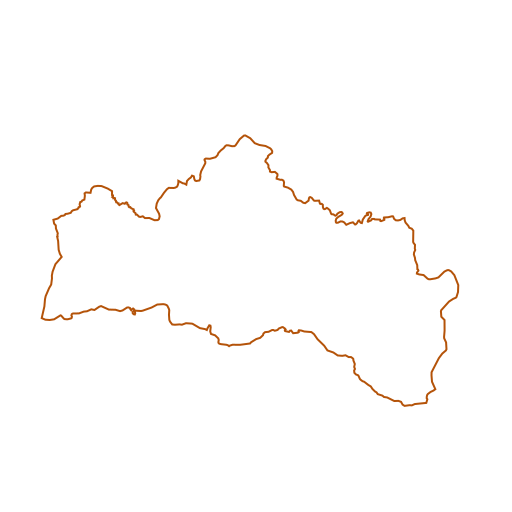 Liquidoe, Aileu, East Timor, rotated 192°
{"feature_id": "22284137B83063719556593", "entity_name": "Liquidoe", "entity_type": "district", "adm_level": 2, "iso_a3": "TLS", "parent_name": "East Timor", "parent_adm1": "Aileu", "projection": "orthographic", "projection_center": [125.722, -8.733], "detail": "fine", "context": "isolated", "style": "outline", "palette": "amber", "viewbox_px": 512, "rotation_deg": 192, "n_neighbors": 0, "source": "geoboundaries", "source_scale": "gbopen_adm2", "svg_char_len": 6107}
<svg xmlns="http://www.w3.org/2000/svg" viewBox="0 0 512 512"><g transform="rotate(192 256 256)"><path d="M118.6,324.0L120.4,323.3L122.3,321.3L124.5,320.3L126.7,320.0L128.7,321.1L130.1,323.2L131.1,323.2L134.8,321.4L138.8,320.3L138.9,319.7L138.1,318.8L138.0,318.0L140.9,316.1L141.6,316.1L142.3,317.4L147.4,316.5L148.1,316.8L149.6,316.5L150.2,316.3L150.8,314.8L153.5,312.8L153.9,313.0L153.9,313.6L153.6,315.5L152.1,318.4L151.9,321.0L152.8,322.3L154.2,322.3L156.3,321.2L156.4,320.7L155.0,319.9L155.0,319.4L156.6,318.7L157.5,317.8L159.1,313.9L159.3,310.2L160.3,310.2L161.0,310.6L162.6,312.2L163.2,311.8L164.1,309.0L165.0,307.7L165.6,307.4L168.2,309.1L171.0,307.7L174.2,305.3L176.7,307.2L178.6,307.7L180.5,307.4L182.8,305.6L184.3,305.2L184.9,305.7L185.4,307.2L185.2,309.3L183.6,311.4L180.7,314.1L180.0,315.5L180.7,316.5L181.7,316.8L183.3,316.2L185.2,314.3L185.8,312.6L186.8,311.9L188.9,312.8L190.8,312.6L191.4,313.1L193.3,316.1L195.2,317.2L196.7,317.8L198.2,316.3L199.0,316.0L199.9,316.4L200.7,317.7L201.3,320.0L202.6,320.7L203.9,320.3L204.4,320.6L205.8,323.3L210.0,322.2L210.9,322.3L213.6,324.5L215.3,324.9L215.9,324.5L216.2,323.6L216.1,321.1L218.9,317.9L220.8,317.9L223.7,319.3L226.7,319.2L228.0,319.7L231.5,323.6L233.1,326.4L235.3,328.3L239.0,329.5L242.9,329.8L243.4,330.3L243.9,334.0L244.9,335.5L246.6,336.0L247.9,335.6L251.9,335.9L252.1,337.1L251.7,338.9L252.0,340.5L252.7,341.0L255.0,342.2L258.2,341.2L259.9,341.5L260.2,342.9L262.3,345.2L262.7,347.4L264.6,349.2L266.4,350.2L266.6,351.0L266.2,352.8L264.9,354.7L265.1,356.2L263.9,358.0L261.7,360.2L261.9,361.9L263.3,363.5L264.6,364.3L269.5,365.6L275.7,365.3L280.7,366.1L286.1,370.0L291.5,371.7L292.8,371.3L296.2,366.9L299.0,360.0L299.9,359.0L302.3,358.4L305.8,358.5L307.8,358.2L308.8,357.3L310.1,354.7L312.4,351.9L314.2,348.9L314.6,346.6L316.1,344.2L321.3,341.5L325.3,340.9L326.3,340.0L326.4,339.3L325.1,337.5L324.9,336.1L327.3,327.4L327.4,323.6L326.9,322.3L326.7,319.6L327.1,318.1L330.1,316.9L331.4,317.2L332.3,318.4L333.4,321.0L335.3,321.3L336.0,319.3L337.7,317.4L339.1,315.0L339.0,311.3L341.2,312.0L342.7,311.9L347.6,313.4L347.1,311.1L347.3,308.5L347.8,307.2L349.3,306.0L350.7,305.4L355.5,304.5L357.0,302.8L359.1,298.8L361.3,293.4L362.0,292.6L363.2,290.2L364.0,286.6L363.8,282.1L359.6,277.2L358.5,274.8L358.6,271.9L359.6,270.7L362.7,269.9L368.2,271.0L372.5,270.0L375.0,271.3L377.1,270.2L378.5,270.1L381.0,271.7L382.2,271.5L382.7,272.8L384.9,274.0L385.2,274.5L384.8,275.2L385.4,275.7L385.4,276.2L387.9,276.7L389.1,277.7L390.0,277.3L390.8,277.8L391.2,279.2L392.6,279.7L392.8,281.0L393.3,281.4L394.0,281.5L394.7,280.9L395.2,279.8L397.4,280.0L400.2,277.4L400.9,277.8L401.4,278.9L402.0,278.6L403.3,279.7L403.9,279.5L404.4,280.2L404.5,281.0L405.7,281.7L405.9,283.2L406.6,283.3L407.6,282.8L408.1,283.8L408.8,283.9L408.3,285.0L408.5,285.6L409.5,285.7L410.3,289.5L415.0,291.1L421.6,292.3L425.3,291.7L428.8,290.4L430.3,288.6L431.0,286.8L431.0,283.4L435.6,282.8L436.7,281.6L435.9,279.3L435.6,275.5L437.5,274.2L438.0,272.8L439.1,272.3L439.3,270.0L438.4,268.0L438.6,267.4L439.6,266.9L439.6,266.1L440.3,265.3L440.3,264.7L444.4,262.7L445.5,261.6L446.2,259.7L449.0,258.2L451.1,257.5L451.6,256.2L453.0,255.3L454.8,254.8L457.7,251.4L461.7,249.3L460.2,245.7L458.2,244.3L457.4,241.3L454.6,237.0L454.6,235.2L454.1,233.8L454.5,233.5L452.7,229.6L450.3,221.0L448.3,217.4L445.9,214.7L450.5,206.3L451.7,198.4L451.6,194.4L450.9,191.6L450.4,185.5L451.7,181.5L453.4,173.0L453.4,169.8L452.5,162.6L452.7,150.7L448.8,149.9L444.5,150.5L440.3,152.1L434.9,157.3L434.2,157.2L430.8,154.7L430.1,154.5L427.6,154.8L426.3,155.3L423.8,156.6L423.4,157.2L423.5,158.6L424.2,159.5L424.1,160.8L423.7,161.3L422.9,161.8L417.3,163.0L412.9,165.8L409.8,166.8L406.0,169.6L402.8,169.6L398.8,173.8L397.1,174.8L388.8,173.0L382.3,174.2L377.5,173.8L375.2,175.0L371.4,178.8L370.0,179.2L368.4,178.9L367.9,177.9L366.8,177.0L366.0,178.6L365.3,179.1L364.0,178.4L364.0,177.2L365.0,175.5L364.7,174.4L363.6,173.6L362.4,173.6L362.2,174.7L363.0,176.6L362.9,177.4L357.0,178.3L355.4,179.0L347.4,183.9L342.5,188.0L336.8,189.6L335.1,189.7L333.2,189.4L332.2,188.7L330.3,186.3L329.6,185.0L328.9,180.4L327.5,175.5L326.5,174.0L323.7,171.6L321.0,171.9L316.6,173.2L314.2,173.4L310.5,175.7L304.9,176.5L304.0,176.5L295.9,173.8L290.6,173.9L288.7,173.4L288.4,175.3L287.3,178.5L286.1,178.4L285.5,176.9L285.1,172.7L283.8,170.4L279.5,169.9L275.8,167.6L275.0,166.1L274.9,163.9L274.5,163.1L273.7,162.6L271.9,162.5L266.6,163.0L265.1,162.9L263.6,162.2L263.0,162.9L260.5,164.3L252.9,165.9L243.6,169.2L242.9,170.6L238.5,174.8L234.9,176.8L232.7,180.0L232.6,181.7L231.3,183.4L227.9,184.5L224.8,187.0L223.6,187.2L222.1,186.8L220.5,187.6L219.5,188.2L218.6,189.8L215.6,191.9L214.9,192.0L212.7,191.1L211.8,190.4L212.4,189.4L211.9,188.6L207.9,188.6L207.2,190.0L206.1,190.4L203.6,188.2L199.1,189.7L198.3,190.6L198.9,191.4L198.6,192.3L196.1,192.5L193.1,192.2L186.0,193.1L183.0,191.6L178.5,187.4L170.6,182.4L166.5,178.5L160.2,177.7L155.4,175.7L150.8,176.3L147.8,177.5L144.3,176.4L142.1,176.9L140.4,176.2L139.5,175.6L138.9,173.9L136.9,170.9L136.9,167.9L135.7,166.1L136.2,164.4L135.5,162.2L133.6,160.9L131.5,160.6L130.9,160.2L128.8,157.3L127.9,156.7L125.8,155.7L124.1,155.5L119.3,153.2L116.6,152.3L114.5,150.2L111.4,148.2L109.8,147.7L108.2,146.2L103.3,145.7L101.5,144.7L98.3,144.9L90.6,142.9L86.6,143.9L83.8,143.5L81.7,141.1L79.5,140.3L74.8,142.0L72.5,142.3L69.9,144.2L58.9,147.7L58.6,151.5L59.5,152.4L59.7,153.9L59.7,155.5L59.3,156.6L57.0,159.3L54.4,161.3L52.9,163.0L57.7,169.6L59.5,175.7L60.1,178.8L55.9,194.1L53.5,199.3L50.6,203.1L50.3,204.4L52.1,211.0L54.8,214.6L55.2,215.9L56.0,222.1L58.3,232.6L62.1,235.1L63.6,240.3L63.6,241.4L57.7,251.6L54.2,255.1L51.9,256.7L51.4,257.5L50.9,262.7L52.1,269.6L58.0,278.5L61.9,281.5L64.2,282.2L65.2,282.2L66.4,281.6L68.5,279.9L73.1,273.0L75.8,271.4L80.9,269.4L82.3,269.2L83.5,269.5L88.1,272.2L92.5,271.9L95.0,272.2L95.1,273.3L94.1,275.4L94.7,276.4L95.4,276.6L96.4,280.6L99.4,285.0L100.1,287.2L101.9,290.3L102.1,292.3L101.5,295.0L102.2,296.3L102.8,300.0L104.6,301.5L105.2,302.4L107.4,313.5L109.3,315.1L111.9,315.5L113.3,317.2L116.7,319.8L118.0,321.9L118.6,324.0Z" fill="none" stroke="#b45309" stroke-width="2"/></g></svg>